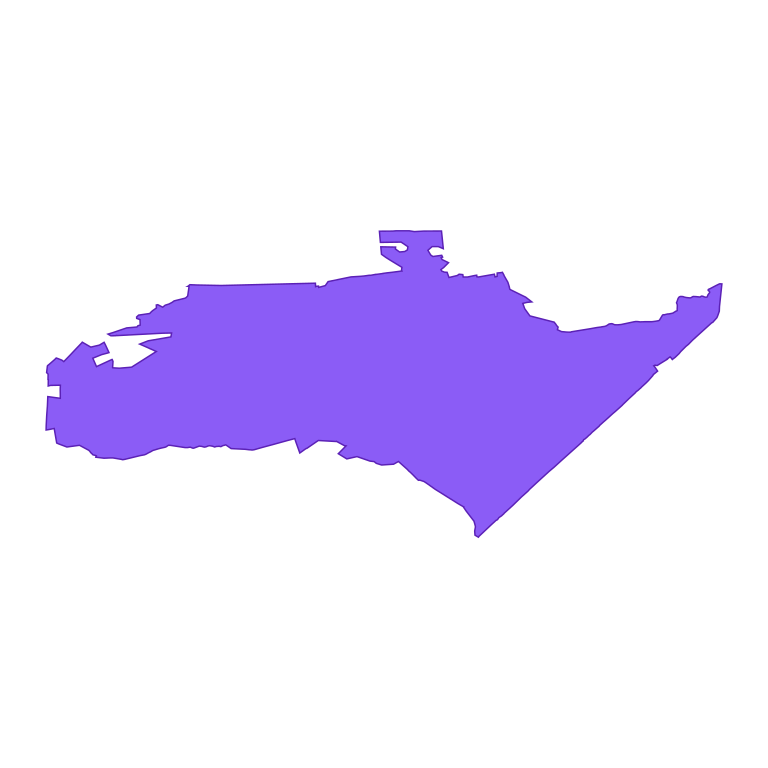 outline of Salnavas pag., Karsavas, Latvia
{"feature_id": "27541924B78663906556024", "entity_name": "Salnavas pag.", "entity_type": "district", "adm_level": 2, "iso_a3": "LVA", "parent_name": "Latvia", "parent_adm1": "Karsavas", "projection": "natural_earth1", "projection_center": [27.552, 56.809], "detail": "fine", "context": "isolated", "style": "filled", "palette": "violet", "viewbox_px": 768, "rotation_deg": 0, "n_neighbors": 0, "source": "geoboundaries", "source_scale": "gbopen_adm2", "svg_char_len": 6006}
<svg xmlns="http://www.w3.org/2000/svg" viewBox="0 0 768 768"><path d="M56.7,443.0L58.4,443.8L66.9,447.0L79.5,445.3L88.8,450.3L89.8,451.3L90.7,452.6L92.1,453.9L92.7,454.6L93.1,454.9L94.6,455.2L96.2,455.7L96.4,455.9L96.1,456.2L95.8,457.2L104.0,458.2L110.7,457.9L112.8,457.9L121.1,459.3L122.2,459.6L122.8,459.7L124.6,459.4L140.2,455.6L144.5,454.8L146.0,454.2L148.7,452.7L150.6,451.8L152.8,450.5L158.4,448.8L161.1,448.1L164.8,447.3L165.7,447.0L166.5,446.6L168.3,445.3L170.1,445.3L185.2,447.6L187.6,447.6L189.2,447.3L190.4,447.2L191.6,447.7L192.3,448.0L192.6,448.1L193.3,448.2L193.9,448.1L196.6,447.1L199.0,446.2L199.3,446.1L201.8,446.4L203.8,447.0L204.6,447.1L205.2,447.0L206.4,446.7L208.0,446.0L209.6,445.7L212.5,446.2L214.4,446.9L214.7,447.0L216.2,446.5L217.2,446.4L218.0,446.4L219.1,446.2L219.4,446.3L220.3,446.6L221.0,446.6L222.9,445.6L224.3,445.3L225.6,444.9L225.9,445.0L226.3,445.2L231.0,448.5L231.3,448.6L245.3,449.3L249.4,449.8L250.2,449.8L251.8,450.0L252.5,450.0L254.3,449.7L261.6,447.6L272.0,444.8L287.2,440.6L294.8,438.6L295.6,441.2L299.8,453.0L306.1,448.5L306.8,448.4L318.3,440.5L336.1,441.5L336.4,441.3L344.3,445.6L346.0,445.9L338.3,453.7L346.8,458.9L357.0,456.6L370.0,461.1L374.2,461.6L376.2,463.3L381.6,465.0L393.6,464.2L398.4,461.5L399.6,462.5L407.0,469.1L409.2,471.4L410.0,472.0L412.9,474.8L416.2,478.2L418.3,480.2L418.8,480.3L419.4,480.2L419.7,480.1L424.0,481.5L426.3,483.0L435.2,489.3L458.0,503.6L463.7,506.9L463.5,507.1L466.2,511.1L474.0,521.2L475.0,524.8L475.4,526.5L475.4,527.1L475.2,528.2L474.7,530.9L474.7,531.4L475.0,535.2L478.4,537.2L479.0,536.3L491.0,525.0L496.1,520.3L496.8,520.1L497.2,519.8L497.6,519.5L498.9,517.6L499.5,517.2L501.6,515.8L502.3,515.1L503.9,513.7L504.1,513.3L512.8,505.4L521.4,497.0L528.0,491.1L529.7,489.2L536.6,482.8L549.1,471.4L553.0,468.1L553.3,467.9L562.1,459.9L581.2,442.8L583.1,440.8L583.3,440.8L583.3,440.5L583.7,439.6L584.9,439.0L586.9,437.3L588.9,435.3L590.0,434.5L592.5,431.9L593.2,431.4L599.2,426.1L599.9,425.1L600.0,425.1L603.2,422.2L605.4,420.3L612.9,413.5L615.4,411.4L622.2,405.3L622.7,404.7L628.8,398.8L635.1,393.0L636.2,391.7L638.2,390.2L639.8,388.7L640.6,388.1L641.5,387.1L646.0,383.0L648.4,380.6L652.9,375.5L653.1,375.1L653.4,374.4L653.6,374.4L657.6,371.1L654.7,366.8L653.8,365.8L655.0,365.2L657.2,365.5L661.5,362.8L667.2,359.3L667.0,359.1L670.1,356.9L670.6,357.3L672.3,359.5L672.4,359.4L675.2,357.3L679.2,353.5L680.6,351.7L685.9,346.4L688.5,344.3L692.5,340.2L711.7,322.8L712.7,322.4L716.9,317.7L717.5,316.3L718.0,315.0L719.3,311.2L719.5,306.5L721.9,283.9L719.9,283.8L719.4,283.9L716.5,285.3L710.0,288.7L708.8,289.2L708.3,289.5L708.2,289.7L708.2,290.0L708.2,290.5L709.3,291.3L709.6,291.8L709.7,292.2L709.5,292.8L708.2,294.5L707.9,295.0L707.3,296.6L707.2,296.9L706.7,297.1L705.8,297.2L705.1,297.1L704.1,296.8L703.0,296.3L701.8,296.1L701.3,296.2L700.0,297.0L699.8,297.0L696.0,296.6L693.9,296.5L693.2,296.5L692.6,296.7L690.8,297.8L689.8,297.9L686.2,297.5L684.4,297.1L683.0,296.6L682.0,296.5L680.3,296.5L679.3,296.9L678.6,297.6L677.9,298.9L677.1,301.4L676.5,302.7L676.6,303.1L677.0,303.9L677.3,304.9L677.3,306.5L677.2,308.5L677.2,310.5L676.8,310.9L675.8,311.2L675.1,311.7L673.0,313.0L672.5,313.2L669.1,313.9L667.5,314.0L664.6,314.7L664.4,314.8L663.6,314.7L662.8,314.9L662.5,315.2L662.2,315.6L659.5,320.1L659.1,320.4L658.5,320.7L655.8,321.2L651.9,321.7L644.6,321.7L642.9,321.8L641.7,321.8L640.4,321.9L639.4,321.8L638.1,321.6L635.9,321.5L633.9,321.8L622.6,324.2L621.2,324.5L617.9,324.8L615.8,324.8L614.5,324.7L612.7,323.9L612.0,323.7L611.1,323.7L609.7,323.9L608.9,324.1L607.8,324.9L606.7,325.6L605.9,326.0L604.6,326.4L601.8,326.8L601.1,327.0L597.1,327.5L589.8,328.8L571.3,331.8L571.0,331.9L570.7,332.2L567.0,332.1L561.5,331.6L557.4,329.7L558.1,327.1L556.7,325.6L555.6,323.9L554.0,322.0L553.2,321.9L529.9,315.9L524.7,308.7L522.9,303.6L522.8,303.4L526.9,302.4L531.8,301.9L525.6,297.1L523.5,296.1L510.5,289.7L509.8,289.2L509.2,286.5L507.9,282.3L504.1,275.7L504.0,275.2L502.4,272.3L501.2,272.6L497.2,273.0L497.1,276.4L495.0,276.9L494.4,274.2L478.4,277.0L476.9,276.8L476.7,275.2L474.7,275.5L467.6,277.0L463.2,277.0L462.8,274.6L459.1,274.2L457.3,275.5L449.0,277.5L447.1,272.3L444.6,272.2L441.8,271.1L440.9,269.6L443.6,267.6L445.8,265.4L448.5,262.7L442.0,259.5L441.2,257.6L442.6,257.1L441.7,255.3L432.9,256.5L430.7,255.0L427.9,250.3L432.1,246.6L438.3,246.6L443.3,248.7L441.5,231.0L423.7,231.1L414.3,231.6L409.2,230.8L396.2,230.8L392.5,231.1L379.4,231.2L380.4,242.4L401.1,242.1L407.9,246.7L407.4,249.9L404.8,251.5L399.6,252.0L395.4,249.0L395.6,247.1L380.8,246.8L381.5,254.3L385.8,257.4L389.9,260.0L401.9,267.3L401.5,270.3L401.9,271.0L392.0,272.3L386.7,272.9L383.0,273.4L383.0,273.5L375.5,274.5L375.5,274.4L370.7,275.3L369.0,275.3L364.0,276.0L360.7,276.3L351.0,276.9L328.1,281.6L325.3,285.6L318.7,287.4L318.5,286.1L316.4,286.3L315.6,286.6L315.4,283.2L221.2,285.5L196.9,285.0L189.9,284.7L188.1,286.2L187.9,286.3L189.0,286.4L189.0,286.8L187.7,296.0L186.0,297.7L185.0,298.2L174.1,300.9L172.2,302.3L169.0,304.0L165.2,305.2L162.7,307.2L157.8,304.7L156.3,305.0L156.4,308.0L152.7,310.6L151.4,311.7L149.7,313.5L138.6,315.1L136.6,317.0L136.7,318.4L140.0,319.6L140.2,325.1L138.0,325.7L136.9,327.0L126.7,327.9L113.2,332.5L108.0,334.1L110.9,335.8L111.9,335.8L115.6,335.7L116.7,335.4L116.8,335.6L162.6,333.2L171.6,333.0L170.9,336.9L148.2,340.8L139.7,344.1L148.6,348.0L150.4,348.9L150.6,348.9L156.3,351.5L131.7,367.1L131.2,367.2L119.3,368.2L112.7,367.8L112.6,367.7L113.0,361.4L112.8,360.9L112.7,360.7L112.2,359.5L112.1,359.4L96.5,366.6L92.8,358.2L101.7,354.6L107.0,353.2L109.0,352.6L105.3,344.6L104.1,342.3L99.4,345.1L90.8,347.1L82.3,342.2L82.2,342.4L75.2,349.7L70.5,354.7L63.8,361.6L61.8,360.1L57.7,358.5L56.2,358.0L55.6,358.7L55.1,359.1L54.6,359.6L49.1,364.4L47.6,365.6L47.4,366.0L47.3,366.5L47.3,366.8L46.6,372.6L47.9,373.9L48.1,374.4L48.0,379.5L48.3,379.6L48.2,386.0L50.5,385.4L60.4,385.2L60.2,388.9L60.3,394.8L60.3,398.3L47.8,396.6L47.4,406.0L46.7,415.5L46.2,425.5L46.1,430.0L48.6,429.6L54.2,428.5L56.7,443.0Z" fill="#8b5cf6" stroke="#5b21b6" stroke-width="1.5"/></svg>